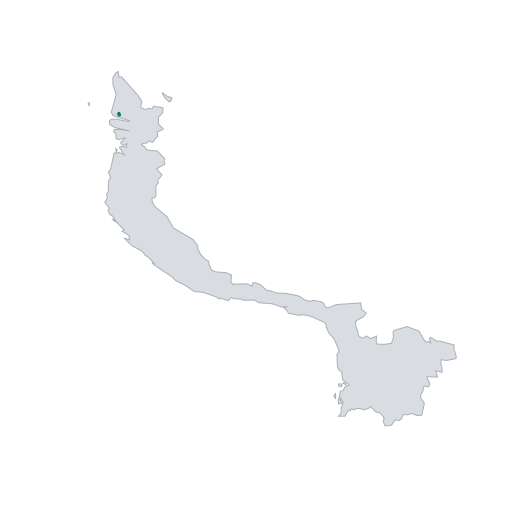 Soc Trang, Sóc Trăng, Vietnam (highlighted), rotated 137°
{"feature_id": "81297802B1985987011497", "entity_name": "Soc Trang", "entity_type": "district", "adm_level": 2, "iso_a3": "VNM", "parent_name": "Vietnam", "parent_adm1": "Sóc Trăng", "projection": "equal_earth", "projection_center": [105.991, 9.61], "detail": "fine", "context": "in_parent", "style": "filled", "palette": "teal", "viewbox_px": 512, "rotation_deg": 137, "n_neighbors": 0, "source": "geoboundaries", "source_scale": "gbopen_adm2", "svg_char_len": 4388}
<svg xmlns="http://www.w3.org/2000/svg" viewBox="0 0 512 512"><g transform="rotate(137 256 256)"><path d="M304.9,82.5L301.1,82.9L297.2,86.8L292.0,89.4L290.8,96.4L286.5,99.7L284.4,98.1L280.1,99.6L275.5,98.1L277.1,106.2L272.5,112.6L273.0,116.7L271.7,119.9L263.7,129.0L261.3,129.2L259.5,130.7L255.6,141.5L255.1,150.5L253.3,155.7L251.6,157.9L251.2,160.7L257.3,175.0L261.4,180.7L265.4,183.7L271.4,192.2L270.5,194.4L270.9,199.2L268.1,197.8L268.4,198.4L271.8,201.0L276.8,210.1L285.7,219.8L287.1,224.7L295.7,232.6L295.5,233.7L301.6,240.1L302.3,242.6L306.8,242.3L311.0,249.8L312.4,249.8L312.8,253.0L319.6,265.6L325.3,272.0L328.1,283.8L331.5,292.7L331.6,297.8L336.7,319.6L336.4,322.4L335.4,319.6L335.6,327.9L336.4,332.3L336.1,337.6L339.7,347.8L340.2,359.0L337.6,354.2L334.9,357.5L337.0,365.5L334.7,364.7L334.9,375.5L336.0,379.2L335.7,380.7L334.6,377.8L333.6,382.9L334.6,386.4L333.1,390.3L330.9,390.6L329.7,398.7L325.8,399.3L323.0,403.0L319.5,404.3L313.0,411.3L308.9,412.5L306.7,418.1L303.0,418.7L289.4,428.2L287.8,425.9L285.3,425.1L283.4,419.9L282.0,428.1L281.0,428.7L278.9,427.1L276.9,423.9L274.0,426.1L277.2,426.8L278.1,428.9L277.6,431.4L270.7,431.4L276.9,434.7L278.3,437.1L275.3,441.0L275.3,443.9L273.8,445.2L270.4,442.7L263.1,433.8L271.8,446.4L273.3,452.1L271.2,454.7L268.7,454.8L264.6,451.0L258.1,442.0L255.9,440.7L263.6,453.6L264.7,456.5L263.8,459.8L248.2,469.4L244.0,478.6L239.1,484.0L233.9,485.5L231.0,485.0L234.0,480.3L232.1,478.6L232.8,453.2L234.2,446.6L238.6,443.9L238.7,442.5L237.1,438.6L233.5,437.1L231.8,434.4L228.6,435.4L223.0,427.8L226.3,424.5L233.0,423.9L237.5,418.6L237.0,412.8L237.5,412.0L243.8,414.1L246.0,410.8L254.1,409.6L256.4,413.5L258.4,412.9L262.2,415.6L263.7,415.7L262.9,411.7L263.6,408.1L256.5,400.0L256.4,389.3L258.1,388.7L260.0,385.4L269.2,387.6L269.5,379.4L276.2,378.4L277.7,376.2L281.6,375.4L288.2,368.2L290.9,367.8L292.4,369.6L295.0,366.3L296.2,360.8L294.3,345.4L297.3,332.7L290.8,311.1L291.6,303.5L293.5,301.0L295.5,294.8L295.3,287.8L294.2,284.4L296.0,282.0L298.2,275.9L296.1,271.6L289.5,264.5L286.9,258.8L292.1,254.1L292.2,251.3L281.4,241.6L279.5,236.6L277.0,238.6L275.0,237.3L272.5,232.4L271.5,223.0L269.7,221.5L266.1,214.8L260.0,208.7L252.7,198.7L251.3,195.7L250.4,191.0L247.4,185.8L244.5,184.7L239.5,178.0L238.8,175.2L240.2,170.4L236.7,168.0L230.3,165.7L211.4,150.2L215.4,144.7L214.3,139.7L214.7,138.8L219.9,138.5L227.5,140.5L231.0,136.4L232.7,131.8L235.3,128.2L235.3,126.3L233.5,122.6L230.1,122.5L228.2,117.3L222.5,115.2L226.3,111.7L227.5,108.9L222.1,103.6L216.5,99.8L211.5,102.3L207.6,106.8L205.8,107.4L193.7,101.4L188.0,89.9L190.3,80.6L190.3,77.2L188.0,75.6L187.3,73.4L185.5,77.3L183.8,77.4L182.0,70.4L179.9,68.8L171.8,55.9L174.3,53.3L178.2,45.9L179.7,44.6L187.8,49.6L191.2,53.8L194.8,50.9L194.8,49.4L199.1,44.0L202.9,49.5L205.8,43.6L213.1,51.0L214.2,49.6L215.7,44.5L217.7,43.1L219.3,42.8L221.2,45.8L222.9,46.0L226.4,43.0L230.0,42.4L232.5,39.7L233.2,34.0L234.1,32.9L243.4,26.5L247.2,29.8L249.6,34.8L252.9,36.1L256.3,39.4L259.0,38.9L259.9,37.8L263.2,37.9L266.2,41.3L272.2,39.8L277.6,43.7L275.8,48.0L273.1,50.0L272.4,52.2L272.5,57.1L274.7,60.1L275.0,68.1L276.5,67.5L282.0,69.8L284.1,73.8L286.7,76.1L288.9,76.3L290.7,79.4L292.5,78.4L293.4,79.8L297.3,79.3L300.0,78.0L304.9,82.5ZM214.5,428.4L214.8,433.7L213.4,439.8L211.9,433.1L209.5,429.1L212.7,427.3L214.5,428.4ZM296.5,91.4L293.2,95.3L291.9,95.2L293.6,89.8L296.5,91.4ZM283.4,105.9L282.5,106.0L280.7,103.5L281.7,102.2L283.7,103.1L284.2,104.2L283.4,105.9ZM294.6,100.3L293.4,101.1L291.8,101.1L295.3,97.0L294.6,100.3ZM278.0,100.3L279.4,104.3L277.4,102.3L278.0,100.3ZM287.8,426.7L285.2,430.2L285.1,428.5L287.8,426.7ZM275.2,481.8L273.2,481.8L275.3,479.7L275.2,481.8Z" fill="#d9dde1" stroke="#a8b0b8" stroke-width="1"/><path d="M258.5,453.4L258.6,453.5L258.5,453.8L258.4,453.8L258.2,453.8L258.2,454.0L258.3,454.0L258.5,454.2L258.5,454.3L258.7,454.5L258.8,454.5L259.0,454.6L259.2,454.4L259.2,454.2L259.3,454.2L259.5,454.1L259.8,454.1L259.8,454.3L260.0,454.3L260.0,454.2L260.2,453.9L260.3,453.7L260.4,453.4L260.5,453.2L260.4,453.2L260.5,453.1L260.6,452.9L260.7,452.7L260.8,452.6L260.8,452.4L260.7,452.4L260.4,452.3L260.3,452.2L260.5,452.0L260.5,451.9L260.4,451.8L260.2,451.8L260.1,451.7L259.9,451.5L259.7,451.6L259.4,451.6L259.4,451.8L259.4,452.0L259.3,452.3L259.2,452.3L259.1,452.1L258.9,452.0L258.8,452.3L258.7,452.5L258.5,453.0L258.5,453.3L258.5,453.4Z" fill="#14b8a6" stroke="#0f766e" stroke-width="1.5"/></g></svg>